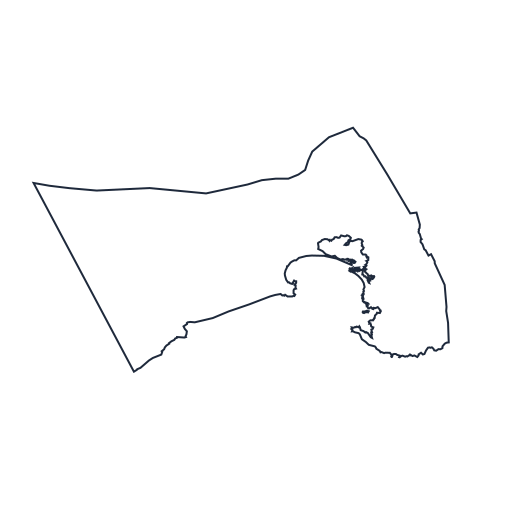 Kota Jayapura, Papua, Indonesia, rotated 152°
{"feature_id": "22746128B85346986276333", "entity_name": "Kota Jayapura", "entity_type": "district", "adm_level": 2, "iso_a3": "IDN", "parent_name": "Indonesia", "parent_adm1": "Papua", "projection": "robinson", "projection_center": [140.72, -2.651], "detail": "fine", "context": "isolated", "style": "outline", "palette": "slate", "viewbox_px": 512, "rotation_deg": 152, "n_neighbors": 0, "source": "geoboundaries", "source_scale": "gbopen_adm2", "svg_char_len": 6131}
<svg xmlns="http://www.w3.org/2000/svg" viewBox="0 0 512 512"><g transform="rotate(152 256 256)"><path d="M108.3,313.1L110.1,323.7L135.8,326.6L157.3,321.8L165.1,315.8L172.2,308.9L180.3,308.0L191.2,309.1L202.5,315.1L215.2,320.2L229.9,323.1L270.7,334.7L318.0,365.9L366.0,388.6L388.9,403.5L405.4,415.0L418.1,424.9L418.1,211.2L414.7,211.4L414.1,211.8L410.5,211.5L399.6,214.0L394.9,214.4L385.9,213.4L383.7,215.5L383.9,216.2L380.9,216.8L379.4,218.1L377.1,219.0L373.8,219.3L373.7,219.9L370.7,220.4L367.5,220.3L366.1,221.1L364.0,220.9L363.7,221.5L357.5,217.6L355.9,217.3L355.9,218.2L354.2,219.5L352.4,222.0L353.1,225.1L353.0,227.9L348.9,228.3L348.5,229.3L347.5,229.5L345.1,228.7L341.2,226.2L323.3,221.5L306.1,219.9L284.9,216.5L262.5,213.7L257.4,212.6L252.1,210.9L251.3,208.8L250.2,208.5L249.7,207.7L248.5,208.1L247.1,205.4L242.8,203.2L241.3,203.2L240.9,202.7L239.5,203.5L240.3,205.5L238.9,208.1L237.9,208.8L236.0,208.4L236.0,209.5L234.9,211.3L235.7,212.6L235.5,212.9L235.1,212.4L233.1,213.5L232.4,214.8L233.5,215.4L233.9,216.4L237.2,214.4L238.8,216.0L239.3,217.4L240.1,217.6L240.5,220.8L239.6,225.2L238.8,227.1L236.6,229.5L234.2,231.2L233.5,232.3L232.8,232.0L228.6,234.0L226.9,234.2L224.2,234.2L222.6,233.3L219.0,234.2L211.6,232.4L206.5,230.2L195.8,224.2L186.2,216.0L175.4,202.6L175.7,204.2L173.9,208.2L174.2,208.4L175.2,206.3L175.8,204.4L176.2,205.3L175.6,205.5L175.0,207.3L175.3,208.0L176.1,208.1L175.5,208.8L176.0,210.2L176.6,210.6L177.2,210.1L177.1,210.6L179.3,211.0L180.7,212.5L183.1,213.2L185.3,216.2L186.3,219.2L189.5,220.1L193.6,224.9L194.9,229.0L197.8,233.0L196.5,234.6L195.3,238.1L194.8,238.5L191.8,238.4L190.4,239.1L187.3,238.7L185.0,237.2L184.2,235.5L183.5,235.6L183.6,235.1L183.2,235.3L182.3,234.1L181.2,234.7L179.5,234.5L177.8,235.6L176.0,234.8L175.0,233.5L173.6,233.0L171.2,234.2L168.7,231.9L167.3,231.3L166.0,231.6L164.6,230.1L163.7,227.6L164.5,226.7L167.1,226.4L168.2,225.1L170.4,225.0L172.5,224.2L171.3,223.2L169.1,222.7L166.8,224.8L165.3,224.9L163.9,223.8L157.7,222.9L155.3,221.0L155.0,219.9L154.1,219.7L154.8,219.8L154.9,218.8L156.0,218.6L156.8,217.4L157.0,215.6L157.8,215.3L157.0,212.9L158.1,211.9L160.7,211.4L161.3,209.9L161.0,207.2L158.5,205.8L158.2,204.8L158.8,203.9L158.8,202.7L157.9,202.9L157.4,202.1L158.8,199.7L160.8,199.8L160.4,199.1L160.7,198.1L162.6,196.9L163.7,196.8L163.1,195.6L164.5,195.0L165.9,195.7L165.9,195.0L166.9,194.5L166.7,193.5L165.4,193.4L164.8,192.5L166.7,192.0L167.2,191.1L166.4,189.1L166.0,189.3L166.5,188.9L165.9,187.5L166.2,185.9L164.1,184.7L163.4,184.8L162.4,183.1L162.0,183.2L160.5,182.6L161.4,182.7L161.3,182.2L162.1,181.6L163.7,181.0L164.4,182.5L164.7,181.6L165.4,182.2L165.8,182.0L166.1,182.8L166.3,181.6L167.4,182.4L167.4,181.3L167.9,181.4L167.6,180.8L168.1,180.9L168.0,181.5L168.5,180.8L168.7,179.1L169.0,179.5L168.8,182.4L167.5,184.0L167.8,184.6L168.7,184.9L168.9,186.7L170.0,187.1L170.1,189.2L170.8,189.8L167.5,194.3L169.2,193.9L169.7,194.4L171.9,194.3L172.2,195.4L171.5,195.7L171.0,195.1L170.4,196.4L171.8,197.8L171.4,197.9L173.8,198.9L174.5,198.3L174.7,198.8L174.8,198.2L173.0,197.2L173.2,196.3L172.5,195.9L173.1,195.3L173.1,195.8L173.6,195.7L173.3,197.0L174.6,197.3L174.2,196.2L174.8,196.2L175.4,197.4L176.1,197.2L176.5,195.7L177.1,195.8L177.2,197.4L176.0,197.7L175.5,198.5L177.6,198.5L177.6,199.7L176.9,199.4L176.8,200.2L177.8,199.9L178.9,201.1L179.6,200.7L179.6,199.3L180.5,199.1L179.8,197.7L179.0,197.4L176.7,194.1L175.0,190.3L173.7,185.6L173.6,181.6L174.7,177.6L176.9,176.0L177.1,174.4L178.1,174.0L178.7,172.0L179.8,172.4L180.3,172.0L180.2,171.2L180.7,171.3L180.4,170.6L181.1,169.8L180.8,169.4L181.2,169.8L181.3,169.5L180.8,169.4L181.3,167.5L182.2,167.3L182.9,166.0L182.3,164.3L181.7,164.5L181.4,164.0L181.4,162.8L180.6,162.4L180.2,162.7L179.6,162.0L179.1,162.3L179.4,162.0L179.0,161.8L179.3,161.8L179.2,161.2L179.9,161.5L180.4,160.8L180.5,159.8L181.3,159.2L181.5,157.1L180.9,156.6L178.6,156.8L178.6,156.2L178.0,155.7L178.1,154.7L177.3,154.0L176.3,154.9L175.1,153.9L172.5,153.7L171.9,150.8L172.1,149.6L171.6,149.4L171.7,148.7L173.4,147.5L175.8,149.1L176.5,148.3L178.9,147.6L180.4,145.5L181.0,145.6L181.7,144.7L182.5,144.8L182.9,144.3L185.2,145.5L187.3,145.1L187.5,143.7L186.9,143.2L187.4,142.9L186.6,142.6L186.9,140.8L187.3,140.3L187.2,139.3L185.9,137.9L187.0,136.9L188.7,136.9L189.1,135.1L189.7,134.8L189.5,134.1L190.4,133.9L190.4,132.4L190.6,132.2L190.8,132.8L191.4,132.0L192.0,129.2L192.8,130.4L193.4,135.5L194.5,137.1L195.0,136.8L195.6,137.4L196.3,139.2L198.4,141.4L197.7,144.3L197.8,145.4L198.8,144.8L200.2,146.4L201.3,146.2L201.8,146.8L203.5,146.8L205.0,148.0L205.1,147.0L206.1,146.8L205.6,145.3L206.6,144.4L205.8,144.1L204.5,142.2L201.6,139.7L201.1,138.1L201.6,132.8L199.4,128.5L198.1,124.6L193.5,120.4L193.1,118.9L193.3,117.7L191.3,114.1L191.3,112.5L190.3,112.3L188.5,110.1L187.2,109.9L183.3,107.7L182.7,104.8L183.8,103.8L183.7,103.2L183.2,103.1L181.5,104.9L180.1,104.7L178.5,103.8L177.8,102.4L175.8,100.5L175.8,100.0L177.0,99.4L176.7,99.1L174.6,99.5L173.4,99.2L171.6,97.1L170.2,96.9L169.5,96.2L167.1,96.5L166.8,96.1L166.2,96.6L164.8,94.2L162.8,93.8L161.0,91.1L159.1,91.9L158.6,92.8L155.7,93.1L154.9,90.7L153.3,90.4L150.3,92.7L147.2,94.3L145.7,93.8L145.1,93.1L143.6,92.8L142.9,90.9L142.9,89.0L141.4,87.8L138.6,88.1L137.0,87.1L135.1,87.1L134.7,87.1L133.7,88.7L130.5,90.0L128.4,90.0L126.4,89.2L117.8,106.8L113.9,118.1L111.7,121.6L103.0,141.9L101.6,165.6L100.7,167.5L100.6,175.4L103.5,175.4L103.5,181.4L104.3,182.9L103.5,188.2L104.1,191.1L103.1,192.9L101.8,193.1L102.1,193.9L101.1,198.4L101.4,200.1L101.0,201.3L100.3,201.7L99.9,203.0L98.4,203.9L96.6,206.8L93.9,219.0L99.8,221.2L101.8,266.1L104.4,306.3L105.7,309.3L108.3,313.1ZM184.0,154.2L183.6,153.6L182.4,154.3L183.7,155.6L185.8,155.9L187.7,156.8L188.2,156.3L188.2,155.7L187.4,154.9L186.4,155.0L184.0,154.2ZM174.6,205.5L172.9,203.9L172.1,203.6L170.9,204.2L171.5,205.7L172.9,204.6L173.6,205.2L172.9,206.5L171.9,205.8L171.7,206.0L172.5,207.0L173.3,207.0L173.0,207.7L173.5,207.9L174.6,205.5ZM181.4,159.2L180.7,161.0L180.3,161.2L181.4,161.1L181.9,159.5L181.4,159.2ZM182.0,167.4L181.5,167.5L181.3,169.4L181.6,169.6L182.0,169.0L181.6,168.1L182.1,168.1L182.0,167.4Z" fill="none" stroke="#1e293b" stroke-width="2"/></g></svg>